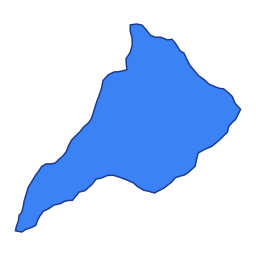 the district of Marapoama, São Paulo, Brazil
{"feature_id": "56859067B26576714107152", "entity_name": "Marapoama", "entity_type": "district", "adm_level": 2, "iso_a3": "BRA", "parent_name": "Brazil", "parent_adm1": "São Paulo", "projection": "robinson", "projection_center": [-49.151, -21.255], "detail": "fine", "context": "isolated", "style": "filled", "palette": "blue", "viewbox_px": 256, "rotation_deg": 0, "n_neighbors": 0, "source": "geoboundaries", "source_scale": "gbopen_adm2", "svg_char_len": 1425}
<svg xmlns="http://www.w3.org/2000/svg" viewBox="0 0 256 256"><path d="M198.5,75.6L194.0,70.2L189.7,65.1L187.0,59.5L183.9,53.1L180.1,50.8L175.4,43.3L172.0,39.3L167.6,39.9L160.3,37.1L155.2,37.3L150.3,35.1L146.2,29.8L142.1,25.2L136.7,24.0L130.2,24.9L130.3,31.7L132.0,37.5L132.2,45.4L130.1,52.6L126.0,58.7L126.3,64.8L126.9,69.8L122.8,70.8L118.4,71.7L113.9,72.0L108.4,74.7L103.1,80.4L101.5,88.4L99.2,95.2L96.9,101.3L94.6,108.3L92.9,114.2L91.1,119.2L88.8,122.5L83.3,127.4L80.1,131.6L75.8,135.8L71.5,140.1L68.3,146.3L66.3,151.6L62.8,156.1L58.9,159.4L55.1,163.1L50.4,163.9L46.1,163.9L41.8,166.4L39.0,170.6L35.3,175.6L32.5,180.4L28.4,187.0L26.6,192.7L23.9,201.9L23.3,206.5L21.7,212.2L19.1,215.4L18.4,220.9L16.4,226.4L15.4,230.8L21.9,232.0L25.6,229.5L31.6,227.4L35.7,225.4L37.7,220.0L40.0,215.8L43.3,211.3L48.3,208.9L53.7,205.2L60.8,203.4L64.4,201.4L68.1,200.5L72.5,200.3L75.2,196.8L79.1,192.1L85.1,190.6L88.1,187.8L92.1,184.3L96.0,179.2L101.5,178.0L107.6,175.4L113.3,175.3L119.5,177.2L126.8,179.9L133.8,183.1L137.3,186.4L143.6,190.2L148.5,191.2L154.4,193.0L158.4,190.9L163.9,188.1L171.2,182.4L175.4,177.7L180.8,175.9L184.3,175.1L188.9,172.0L195.1,166.2L196.9,158.0L198.1,153.1L203.8,149.8L212.0,146.2L219.3,140.1L227.4,132.1L228.7,126.5L231.7,123.0L235.7,119.2L240.6,109.3L235.3,103.7L232.2,96.4L228.2,92.6L223.6,88.8L218.9,88.2L214.6,86.5L208.7,83.9L204.5,79.9L198.5,75.6Z" fill="#3b82f6" stroke="#1e3a8a" stroke-width="1.5"/></svg>